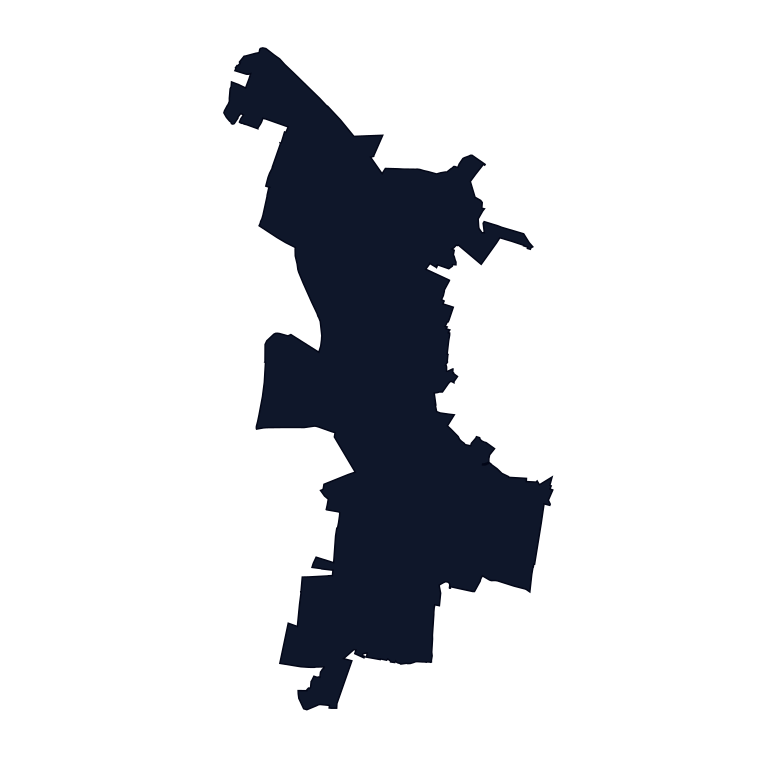 San Pedro Tlaquepaque, Jalisco, Mexico (orthographic projection), rotated 93°
{"feature_id": "50627088B40008618856447", "entity_name": "San Pedro Tlaquepaque", "entity_type": "district", "adm_level": 2, "iso_a3": "MEX", "parent_name": "Mexico", "parent_adm1": "Jalisco", "projection": "orthographic", "projection_center": [-103.358, 20.593], "detail": "fine", "context": "isolated", "style": "filled", "palette": "ink", "viewbox_px": 768, "rotation_deg": 93, "n_neighbors": 0, "source": "geoboundaries", "source_scale": "gbopen_adm2", "svg_char_len": 6122}
<svg xmlns="http://www.w3.org/2000/svg" viewBox="0 0 768 768"><g transform="rotate(93 384 384)"><path d="M239.2,242.6L235.3,246.4L226.7,252.4L221.4,274.6L220.1,278.5L216.6,292.5L217.6,292.9L218.2,293.4L227.7,291.7L227.6,292.8L228.1,293.9L223.7,297.3L221.8,297.7L214.2,298.6L206.1,294.5L203.8,292.9L203.4,295.2L203.0,295.5L197.6,295.4L195.6,297.1L193.0,302.3L193.2,302.7L177.2,308.4L169.9,303.6L159.8,296.5L159.5,296.2L160.2,294.9L159.4,294.5L151.0,308.0L151.1,309.6L152.1,311.4L153.8,315.5L154.7,317.0L160.3,320.4L163.8,321.6L163.6,323.1L163.1,324.6L163.2,325.8L164.0,326.4L164.2,326.8L164.8,327.1L165.3,328.1L169.1,332.4L169.1,333.9L170.1,338.4L171.5,342.5L169.6,351.1L168.9,355.3L167.9,359.4L167.7,362.1L167.9,363.5L168.4,376.0L168.4,381.8L168.7,393.9L174.1,396.9L158.2,409.3L157.2,406.2L156.6,406.2L135.7,398.3L138.3,427.0L122.6,441.3L109.7,454.7L110.1,454.9L102.4,462.9L77.8,490.9L70.1,499.9L64.9,505.1L61.2,510.9L55.2,519.5L54.7,522.7L55.4,525.0L56.3,525.6L58.8,525.9L59.7,526.2L60.5,529.6L63.8,539.7L64.0,540.9L70.0,545.2L70.7,545.0L71.0,544.3L71.3,544.4L71.8,544.7L72.4,545.5L73.6,546.3L73.6,547.4L76.0,548.9L76.3,548.6L77.5,548.7L78.9,549.3L81.8,537.7L81.8,535.8L81.0,533.4L81.5,533.5L86.5,534.8L94.0,537.2L95.6,537.7L92.7,544.7L90.3,552.1L95.1,552.2L97.3,553.1L106.8,553.4L109.8,553.2L113.0,554.3L114.2,555.1L119.5,557.6L121.6,558.1L126.0,555.3L129.5,552.0L130.4,550.6L131.9,550.0L132.3,549.1L132.3,548.4L131.8,547.2L126.3,543.9L125.8,543.7L125.3,544.0L121.4,541.2L122.7,538.4L126.3,540.7L130.0,542.1L130.6,541.3L131.1,539.8L131.2,537.9L131.4,537.6L131.7,537.5L132.2,534.8L135.6,523.6L135.7,523.3L134.9,523.3L130.5,520.8L128.5,519.9L124.9,518.9L125.3,517.8L125.4,516.4L132.3,493.1L137.9,495.2L137.5,496.5L148.1,499.1L148.9,499.6L148.7,500.3L149.5,500.0L173.2,506.9L173.3,506.5L179.6,509.3L183.8,510.6L192.6,512.4L193.6,508.5L194.6,509.4L201.6,510.6L202.8,510.6L221.7,513.7L225.5,514.6L228.1,515.7L229.9,516.0L232.5,517.0L243.4,498.3L247.9,489.7L252.3,479.7L254.0,479.8L260.8,479.3L268.7,477.0L274.1,476.0L276.9,475.0L287.6,469.9L306.6,460.2L317.1,454.5L320.0,453.4L320.9,452.7L324.9,450.9L339.9,448.5L340.1,448.7L343.4,448.7L349.6,449.2L355.7,450.8L339.5,479.6L341.0,482.4L339.1,490.9L338.9,493.0L339.1,494.9L340.0,496.6L347.0,503.3L350.7,504.8L368.2,504.0L368.4,504.2L368.9,503.5L388.5,503.6L403.0,504.7L421.6,507.2L428.1,508.2L432.9,509.2L434.8,509.2L435.7,508.9L434.1,502.0L433.7,498.7L432.7,482.9L431.6,461.3L429.7,451.5L429.7,449.8L430.3,447.2L434.4,433.4L435.1,430.3L439.5,430.8L473.5,408.1L476.3,415.0L487.3,438.7L492.0,439.2L493.0,440.3L493.6,441.8L499.0,437.5L501.9,433.6L507.6,434.3L512.4,435.1L512.6,434.7L514.1,422.3L515.0,421.4L518.1,421.5L524.9,422.1L530.3,422.9L530.4,423.6L538.2,424.4L565.1,424.9L560.5,442.7L566.7,445.2L570.9,446.3L571.6,437.2L571.9,436.6L572.6,425.2L578.1,425.5L578.4,429.6L578.6,429.9L580.6,448.8L581.1,455.5L595.5,456.0L595.7,456.3L596.3,456.2L596.4,455.9L608.3,456.8L630.7,457.8L627.9,467.1L668.4,473.4L670.7,452.3L670.8,443.9L670.6,438.8L670.2,437.2L669.7,430.4L669.8,429.1L670.9,429.3L672.3,430.8L672.8,430.9L675.0,432.3L680.3,432.7L680.0,434.3L680.3,434.8L680.4,435.5L679.5,438.7L684.2,440.7L684.8,441.2L690.4,441.4L691.7,442.2L691.9,442.5L691.6,443.5L693.4,445.0L694.3,445.0L694.7,453.7L698.0,453.4L702.4,452.6L712.5,447.2L713.3,444.0L708.8,434.6L707.6,432.4L707.4,430.6L707.8,421.7L710.4,421.8L710.5,419.3L710.2,414.3L705.6,414.3L662.1,401.6L660.4,410.0L650.8,400.2L651.1,398.1L654.8,399.1L658.5,389.7L657.0,389.2L656.3,391.4L654.6,390.9L653.8,388.5L653.6,386.8L655.8,386.9L657.6,387.7L659.4,373.3L658.7,373.2L659.7,366.9L658.4,365.8L660.4,362.9L661.2,362.9L661.6,358.6L660.0,357.8L661.2,356.8L661.7,355.8L662.2,353.5L662.8,352.6L661.7,346.8L662.0,345.5L661.8,344.5L661.8,343.4L660.7,340.3L659.7,338.0L659.5,336.5L659.5,330.6L659.4,329.5L659.6,326.9L659.3,326.5L659.2,324.0L659.5,323.1L659.2,322.1L657.4,322.2L653.0,321.7L649.3,322.3L636.1,322.2L632.3,322.5L611.6,322.2L609.3,322.3L603.5,322.1L603.5,321.9L601.8,321.8L602.5,317.1L589.9,316.5L583.5,318.1L581.8,318.3L579.2,314.2L578.2,312.2L578.4,310.1L578.9,309.0L580.2,308.0L582.0,307.8L584.0,308.0L584.4,307.9L584.5,307.6L584.4,307.0L582.9,307.2L586.6,284.4L586.5,282.8L576.0,277.7L573.5,277.2L570.4,275.7L574.2,268.4L574.7,266.6L574.4,262.7L574.6,260.4L579.0,243.6L581.3,232.3L581.7,231.2L584.0,227.5L566.6,226.5L558.7,225.6L558.8,225.3L556.1,225.0L556.1,224.2L555.1,224.1L514.7,219.7L495.3,217.9L496.5,212.1L495.3,211.7L491.4,213.8L481.0,209.9L480.1,212.8L477.0,211.7L476.5,213.1L468.1,211.3L476.5,223.5L472.8,226.0L474.0,227.0L474.0,236.8L470.8,236.8L470.7,254.6L470.0,254.7L467.1,261.6L462.8,266.5L458.6,272.9L458.4,272.8L457.2,274.5L458.8,276.9L459.2,277.9L459.8,279.9L459.6,281.4L458.6,281.3L458.3,279.1L457.3,276.9L456.2,275.2L453.2,275.4L449.2,274.8L442.8,270.2L437.2,278.9L436.7,281.2L435.6,283.6L434.2,285.1L432.6,285.7L431.8,288.9L433.3,289.5L438.6,293.6L441.2,294.2L440.3,300.0L439.2,300.6L437.2,303.6L435.3,305.7L432.6,307.2L425.7,314.7L422.5,318.5L411.1,312.2L410.8,317.1L410.0,326.3L408.8,330.0L401.7,331.8L401.9,331.2L390.4,333.4L389.7,329.9L389.1,328.4L388.9,325.2L380.4,319.9L378.3,318.3L377.9,316.9L378.3,315.8L379.1,314.2L377.8,314.2L372.7,311.0L370.3,314.6L369.3,315.1L369.5,315.6L368.0,316.0L365.4,315.9L365.4,316.2L368.0,321.1L367.9,322.2L363.7,322.4L362.4,322.8L362.0,323.7L358.7,321.7L358.0,322.0L352.1,321.8L351.1,321.6L350.8,322.5L337.4,321.7L331.7,321.0L329.7,321.1L329.7,322.4L328.9,322.5L328.9,321.9L327.7,321.9L326.6,321.1L325.6,324.9L323.7,323.9L323.3,326.0L318.6,324.0L318.7,323.3L317.2,322.6L303.7,318.8L300.9,329.4L298.0,328.3L296.7,331.0L292.7,329.4L288.2,328.6L286.9,328.6L277.8,324.3L277.8,324.5L276.9,324.2L267.2,348.3L261.5,344.6L261.2,344.6L264.5,338.4L263.5,338.0L264.6,337.5L262.2,336.6L265.5,325.3L262.7,321.9L261.2,321.9L261.2,318.4L258.5,318.5L256.3,319.5L253.2,320.5L251.3,321.5L246.8,320.9L245.7,323.4L244.6,321.7L241.6,319.1L241.9,317.9L241.4,317.0L259.4,293.2L237.2,279.0L231.9,276.0L234.8,263.9L238.2,251.6L238.7,251.8L239.8,247.6L241.1,247.9L241.4,246.6L241.8,244.9L240.8,244.6L240.1,244.1L239.2,242.6Z" fill="#0f172a" stroke="#020617" stroke-width="1.5"/></g></svg>